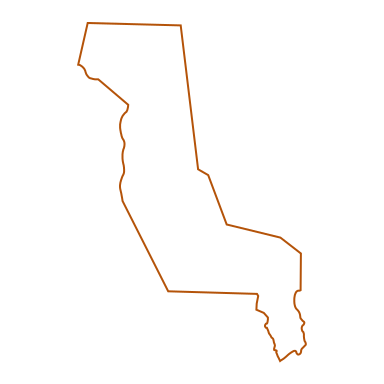 the district of Dulce Nombre, Copán, Honduras
{"feature_id": "27666195B52269528402042", "entity_name": "Dulce Nombre", "entity_type": "district", "adm_level": 2, "iso_a3": "HND", "parent_name": "Honduras", "parent_adm1": "Copán", "projection": "equal_earth", "projection_center": [-88.827, 14.864], "detail": "fine", "context": "isolated", "style": "outline", "palette": "amber", "viewbox_px": 384, "rotation_deg": 0, "n_neighbors": 0, "source": "geoboundaries", "source_scale": "gbopen_adm2", "svg_char_len": 5692}
<svg xmlns="http://www.w3.org/2000/svg" viewBox="0 0 384 384"><path d="M300.9,253.5L280.4,237.6L226.7,224.5L208.2,175.1L198.1,169.3L180.7,25.4L87.7,23.0L78.2,64.7L78.8,64.8L79.1,64.9L79.6,65.0L79.8,65.1L80.2,65.2L80.9,65.7L81.8,66.3L82.4,66.8L83.0,67.4L83.4,67.8L83.7,68.2L84.0,68.5L84.4,69.1L84.6,69.5L84.9,70.1L85.1,70.5L85.3,71.0L85.4,71.5L85.6,72.2L85.9,73.0L86.2,73.8L86.5,74.5L86.8,74.9L87.0,75.2L87.6,76.0L88.1,76.6L88.6,77.2L88.8,77.4L89.0,77.6L89.4,77.8L89.6,77.9L89.9,78.1L90.1,78.2L91.8,78.6L92.7,78.9L93.7,79.1L94.2,79.2L94.9,79.3L95.6,79.3L96.9,79.3L98.2,79.3L128.2,104.8L128.1,106.2L128.0,107.0L127.7,108.4L127.4,109.7L127.3,110.0L127.2,110.3L127.0,110.8L126.7,111.2L126.4,111.9L126.0,112.1L125.6,112.5L125.0,113.0L124.4,113.6L123.9,114.3L123.3,115.0L122.8,115.7L122.4,116.3L122.1,117.0L121.7,117.8L121.5,118.3L121.2,119.1L121.0,119.9L120.6,121.6L120.3,123.2L120.2,123.9L120.1,124.3L120.1,124.7L120.1,125.7L120.1,126.6L120.1,127.2L120.1,127.7L120.2,128.6L120.4,130.1L120.7,131.7L120.8,132.5L121.2,134.1L121.4,134.9L121.6,136.0L121.9,136.8L122.1,137.5L122.4,138.2L122.7,138.7L123.1,139.4L123.5,139.9L123.7,140.4L123.9,140.8L124.1,141.4L124.3,142.0L124.4,142.6L124.5,143.4L124.5,144.0L124.5,144.8L124.4,145.5L124.4,146.1L124.2,146.7L124.1,147.3L124.0,147.8L123.5,149.1L123.3,149.6L123.2,150.2L123.0,151.0L122.8,151.8L122.7,152.7L122.6,153.5L122.5,154.3L122.5,155.2L122.5,155.8L122.5,158.2L122.6,159.5L122.7,160.4L122.8,161.3L123.0,162.2L123.1,162.8L123.4,164.2L123.7,165.3L123.8,166.3L124.0,167.4L124.0,168.5L124.1,169.0L124.1,169.8L124.1,171.0L124.1,171.8L124.0,172.1L124.0,172.5L123.9,173.0L123.8,173.3L123.6,173.8L123.5,174.2L123.3,174.7L122.8,175.5L122.6,176.0L122.3,176.7L122.1,177.1L121.7,178.3L121.4,179.2L120.9,180.6L120.7,181.6L120.5,182.1L120.4,182.6L120.3,183.3L120.2,183.8L120.1,184.6L120.0,185.3L120.0,185.8L120.0,186.5L120.0,187.2L120.1,187.9L120.2,188.8L120.5,190.1L120.7,191.0L121.1,192.7L121.3,193.6L121.6,195.3L122.1,198.0L122.4,199.9L122.5,200.4L122.5,200.9L168.2,291.3L257.0,293.9L258.2,296.0L256.7,303.6L256.4,309.7L263.8,312.9L267.9,317.5L267.9,318.2L267.9,319.0L267.9,319.6L267.8,320.2L267.7,320.8L267.6,321.5L267.3,322.9L267.2,323.1L267.0,323.4L266.9,323.4L266.8,323.5L266.5,323.5L266.4,323.6L266.2,323.6L265.9,323.8L265.7,324.1L265.5,324.4L265.3,324.7L265.2,324.9L265.1,325.1L265.1,325.3L265.0,325.5L265.0,325.8L265.0,326.0L265.0,326.3L265.2,326.6L265.3,326.9L265.5,327.2L265.7,327.5L266.0,327.7L266.1,327.8L266.4,327.8L266.6,327.9L266.8,327.9L266.8,328.0L267.0,328.2L267.2,328.6L267.4,329.0L267.8,329.8L267.9,330.2L268.4,331.3L268.5,331.9L268.8,332.8L268.9,333.0L269.0,333.4L269.2,333.6L269.4,334.0L270.1,334.9L270.4,335.4L270.8,336.0L271.3,337.1L271.5,337.4L271.6,337.6L271.8,337.7L272.3,338.0L272.6,338.3L273.0,338.8L273.2,339.1L273.3,339.3L273.4,339.8L273.7,341.1L274.0,342.8L274.2,343.1L274.3,343.4L274.5,343.8L274.6,344.2L274.8,344.9L274.9,345.4L274.9,345.6L274.9,345.9L274.5,347.2L274.3,348.0L274.1,348.6L274.1,348.9L274.1,349.2L274.1,349.5L274.2,349.9L274.3,349.9L274.3,350.0L274.5,350.1L275.2,350.2L275.5,350.3L275.8,350.3L276.1,350.4L276.3,350.5L276.5,350.6L276.6,350.8L276.7,351.0L276.6,351.4L276.4,351.7L276.3,351.9L276.3,352.1L276.3,352.3L276.3,352.6L277.0,354.2L277.2,354.8L277.7,356.1L277.8,356.4L278.7,358.0L279.1,358.9L280.1,361.0L280.7,360.5L281.4,360.1L282.8,359.2L283.3,358.9L284.1,358.3L285.8,356.9L286.7,356.1L288.0,354.9L288.6,354.4L289.2,353.9L291.3,352.4L291.8,352.1L292.6,351.6L293.4,351.2L293.8,351.0L294.1,350.9L294.5,350.9L295.1,350.9L295.3,350.9L295.5,351.0L295.8,351.2L295.9,351.3L296.0,351.5L296.2,351.8L296.3,352.0L296.3,352.5L296.5,352.9L296.6,353.1L296.8,353.5L297.1,353.8L297.4,354.1L297.7,354.4L298.0,354.5L298.3,354.5L298.5,354.5L298.8,354.5L299.0,354.4L299.5,354.2L299.9,353.9L300.1,353.7L300.3,353.5L300.4,353.4L300.5,353.1L300.7,352.9L300.8,352.7L300.9,352.4L301.0,351.9L301.1,351.5L301.1,351.0L301.1,350.7L301.2,350.1L301.4,349.8L301.4,349.5L301.6,349.2L301.9,348.7L302.1,348.5L303.6,347.0L304.2,346.4L304.6,345.9L305.1,345.5L305.5,345.1L305.6,344.9L305.7,344.7L305.8,344.5L305.8,344.2L305.8,343.7L305.7,343.2L305.6,342.9L305.5,342.5L305.4,342.2L305.2,342.0L305.0,341.6L304.9,341.4L304.7,341.2L304.6,340.9L304.5,340.6L304.4,340.1L304.2,339.0L304.0,337.9L304.0,337.3L303.9,336.7L303.9,336.2L303.9,335.8L303.9,334.6L303.9,334.4L303.9,334.1L303.8,333.7L303.7,333.3L303.5,332.6L303.3,332.0L303.0,331.8L302.8,331.6L302.6,331.3L302.3,331.0L302.2,330.8L302.1,330.5L302.0,330.1L301.8,329.4L301.7,328.8L301.7,328.3L301.7,328.1L301.7,327.8L301.8,327.4L301.9,326.9L302.1,326.4L302.3,326.0L302.5,325.6L302.8,325.4L303.2,325.0L303.5,324.8L303.7,324.5L303.9,324.2L304.0,323.9L304.1,323.6L304.2,323.3L304.3,323.1L304.3,322.9L304.3,322.6L304.3,322.4L304.2,322.2L304.0,321.9L303.9,321.7L303.7,321.6L303.1,321.2L302.8,320.9L302.4,320.6L302.1,320.1L301.7,319.7L301.3,319.2L300.9,318.7L300.4,317.9L300.3,317.0L300.2,316.2L300.1,315.4L300.0,314.8L299.9,314.3L299.7,313.7L299.5,313.1L299.3,312.7L299.1,312.2L298.8,311.7L298.5,311.3L298.2,310.8L298.0,310.6L297.7,310.2L297.4,309.9L296.9,309.4L296.6,309.1L296.4,308.9L296.1,308.5L295.8,308.0L295.6,307.7L295.4,307.2L295.2,306.7L295.0,306.2L294.9,305.6L294.7,305.0L294.6,304.4L294.5,303.8L294.4,303.4L294.4,302.7L294.3,302.0L294.3,301.2L294.3,300.5L294.3,299.4L294.3,298.7L294.4,298.1L294.4,297.6L294.5,297.1L294.6,296.5L294.7,296.0L294.8,295.2L295.0,294.7L295.1,294.3L295.3,293.8L295.5,293.3L295.6,293.0L295.9,292.6L296.0,292.3L296.2,292.0L296.4,291.7L296.7,291.5L296.9,291.3L297.1,291.2L297.3,291.0L297.5,290.9L297.9,290.8L298.1,290.7L298.5,290.7L299.0,290.7L299.3,290.7L299.7,290.6L299.9,290.5L300.3,290.4L300.6,290.2L300.9,253.5Z" fill="none" stroke="#b45309" stroke-width="2"/></svg>